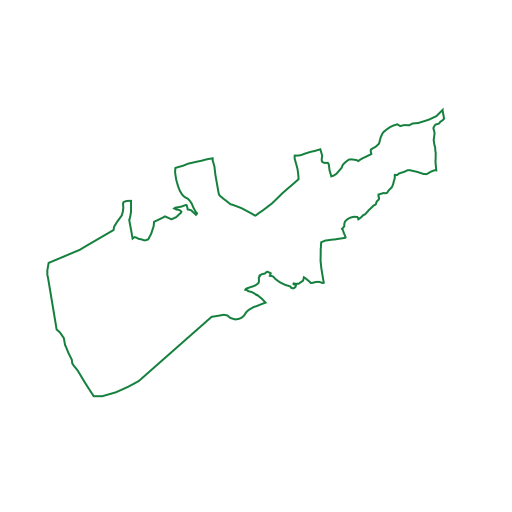 outline of Al Qahirah, Ta`izz, Yemen, rotated 260°
{"feature_id": "15242507B25601217585155", "entity_name": "Al Qahirah", "entity_type": "district", "adm_level": 2, "iso_a3": "YEM", "parent_name": "Yemen", "parent_adm1": "Ta`izz", "projection": "orthographic", "projection_center": [44.017, 13.586], "detail": "fine", "context": "isolated", "style": "outline", "palette": "green", "viewbox_px": 512, "rotation_deg": 260, "n_neighbors": 0, "source": "geoboundaries", "source_scale": "gbopen_adm2", "svg_char_len": 6090}
<svg xmlns="http://www.w3.org/2000/svg" viewBox="0 0 512 512"><g transform="rotate(260 256 256)"><path d="M367.4,465.1L362.4,457.9L361.4,454.2L360.3,450.2L359.6,445.2L358.8,438.8L359.3,433.3L358.5,430.6L358.1,429.6L358.3,429.0L358.5,427.8L359.0,425.7L359.2,424.4L358.9,420.6L361.2,418.0L361.0,417.0L360.7,414.2L359.7,410.5L357.7,406.2L357.1,405.2L356.2,403.6L355.4,402.4L354.2,401.5L353.7,401.1L352.4,400.2L351.4,399.5L350.8,399.2L345.3,396.7L342.9,393.0L342.4,391.7L341.9,390.1L341.0,387.8L339.8,387.2L337.7,387.2L336.4,387.3L336.0,386.1L334.7,381.6L334.0,378.9L333.5,377.3L332.6,374.9L331.7,373.2L332.9,371.9L333.6,369.9L333.9,369.0L334.6,366.8L334.8,364.2L332.8,360.2L330.7,357.3L328.0,355.6L327.4,354.9L323.0,349.5L322.1,347.4L321.7,346.4L321.3,344.0L327.8,343.3L328.3,343.3L329.4,343.4L333.6,343.6L334.7,343.1L335.3,342.9L335.8,339.5L337.1,337.6L338.4,337.4L339.1,337.3L343.4,338.6L349.9,337.9L349.2,331.6L349.2,330.0L348.9,326.0L348.5,323.9L348.5,322.9L348.0,320.4L347.7,318.7L347.5,316.8L347.6,315.1L347.7,314.0L348.1,312.1L348.2,311.6L346.8,311.2L345.1,311.0L344.4,311.0L343.9,311.1L338.1,311.7L334.1,312.0L332.2,311.9L331.3,311.9L327.2,311.6L324.1,311.2L323.9,310.7L320.7,305.4L319.6,303.6L317.0,299.1L314.0,294.2L313.7,293.6L312.9,292.4L310.1,288.4L306.3,282.8L305.7,281.8L305.4,281.5L304.8,280.5L302.5,276.0L302.2,275.5L300.6,272.3L299.9,271.0L297.9,266.5L296.0,262.8L295.9,262.2L296.2,261.8L298.5,259.1L303.8,252.4L305.8,249.8L307.1,247.6L307.4,247.1L310.8,241.3L311.1,240.3L311.6,239.7L316.0,235.8L318.0,233.9L319.5,232.7L321.6,230.9L323.2,230.2L325.7,230.1L343.2,230.1L351.3,230.6L356.1,230.1L358.0,229.9L359.0,230.2L359.7,230.3L359.8,225.7L359.6,221.8L359.5,221.2L359.3,219.7L359.1,213.1L359.0,211.1L358.7,205.2L357.4,199.1L357.4,198.4L357.3,197.1L357.1,194.7L356.7,191.9L354.9,191.4L354.2,191.3L353.7,191.1L351.8,190.8L351.1,190.8L348.1,190.7L344.6,190.7L338.6,191.3L336.9,191.6L333.1,192.4L329.4,193.9L327.6,195.0L326.5,196.0L325.9,196.6L324.7,198.3L324.1,198.9L322.1,200.3L318.7,201.8L314.7,202.7L311.0,203.9L308.1,205.3L307.0,204.0L308.0,203.3L308.8,202.7L309.8,201.9L310.9,201.0L312.0,200.4L312.9,198.9L313.7,196.8L315.2,196.8L317.8,196.6L318.2,196.4L318.4,195.7L318.0,193.3L317.6,191.3L317.6,184.7L317.0,183.7L315.5,185.9L315.3,187.1L314.2,188.9L313.7,189.5L312.5,190.2L311.4,189.3L310.3,187.4L309.0,185.5L308.1,184.0L307.3,181.2L306.9,179.0L310.8,173.3L310.3,171.9L309.5,169.3L309.1,167.9L307.4,161.6L302.9,160.3L301.3,159.4L296.2,156.7L295.0,155.8L291.1,152.7L290.6,149.6L291.2,147.9L292.4,145.9L293.2,143.5L294.9,141.3L295.7,139.6L294.6,137.5L302.8,137.5L313.7,137.4L314.2,137.9L317.3,139.2L321.3,140.6L321.8,140.7L326.9,141.6L332.0,142.5L332.5,139.8L332.6,137.5L332.1,134.9L330.6,134.1L326.5,133.7L322.6,132.5L319.2,130.8L316.0,127.5L313.6,125.0L309.4,121.3L306.3,120.2L295.9,91.9L294.1,87.2L293.3,85.1L292.7,83.7L291.9,80.0L290.0,71.6L289.5,69.5L285.2,50.6L278.1,48.0L273.3,47.2L270.9,47.4L218.2,46.9L215.0,49.5L209.0,52.3L208.3,52.5L201.4,52.5L199.9,53.0L192.8,54.5L192.2,54.7L185.8,56.6L182.2,56.4L181.0,56.9L179.4,57.6L174.4,60.4L160.6,65.7L146.1,71.8L144.6,80.2L146.1,94.3L149.5,107.7L153.2,118.8L203.8,201.7L203.7,207.4L203.7,214.2L202.4,217.5L199.9,219.5L198.9,221.0L197.1,224.6L197.1,228.6L197.9,231.5L199.4,233.9L201.7,236.0L203.0,237.5L204.3,239.8L206.2,245.0L206.4,247.2L207.8,253.8L208.4,257.3L213.1,254.2L216.6,251.1L217.0,250.8L217.4,250.5L217.4,249.6L218.2,249.3L221.3,245.5L222.7,242.2L223.4,242.0L224.6,239.6L225.1,240.0L225.5,240.7L225.8,241.8L226.0,243.4L226.2,244.3L226.6,247.6L227.0,249.6L227.9,251.9L229.0,253.8L230.5,254.5L232.4,254.8L234.1,255.0L234.9,255.5L235.3,256.2L235.7,256.4L236.2,256.2L236.6,257.2L237.0,258.7L237.2,259.4L237.1,261.0L237.2,261.7L237.6,262.4L238.0,262.9L238.2,263.3L238.5,264.1L238.5,264.6L238.2,265.1L236.4,267.5L234.1,266.2L233.6,267.9L232.7,269.4L231.5,270.2L230.1,271.0L228.7,272.3L227.7,273.3L227.1,273.8L225.6,275.4L224.3,277.2L222.3,280.0L221.7,281.3L220.9,282.9L220.0,284.5L218.5,285.2L218.0,286.3L217.6,287.1L218.4,289.3L220.3,290.3L220.9,289.5L221.7,288.1L222.2,288.1L222.5,288.4L221.9,289.8L221.7,290.3L221.4,292.6L221.3,293.2L223.6,298.1L226.7,299.5L225.4,300.9L221.0,304.6L220.5,304.9L220.0,305.1L219.8,306.4L219.7,307.7L219.9,308.3L220.0,309.9L219.9,311.5L219.8,312.5L219.4,314.1L219.1,314.6L218.7,315.4L218.0,316.5L217.7,317.4L217.9,318.1L223.7,318.1L229.3,318.2L233.0,318.2L235.3,318.4L236.6,318.5L239.7,318.7L240.9,318.9L247.0,320.1L249.7,320.6L252.1,321.0L252.6,321.3L253.1,321.4L255.5,321.9L258.2,322.6L259.2,327.1L259.1,328.1L259.0,330.5L258.9,333.3L258.9,334.0L258.6,336.7L258.6,337.9L258.6,338.7L258.6,339.3L258.4,347.0L258.9,347.5L262.2,346.8L263.9,346.4L265.4,346.2L266.2,346.0L267.2,345.8L267.8,345.4L268.4,346.4L268.8,346.8L269.4,347.5L269.9,348.1L271.8,348.4L273.2,348.9L273.7,349.2L274.8,350.0L276.3,352.3L277.3,355.2L277.6,357.7L277.6,359.7L277.3,360.5L276.9,362.4L275.9,363.1L275.4,363.1L274.4,363.2L275.7,366.0L276.6,367.3L277.8,369.0L277.9,370.3L278.3,370.8L279.0,371.9L280.7,374.0L281.6,375.0L282.1,375.9L282.6,376.6L283.8,378.4L284.3,379.3L285.2,380.3L285.5,381.4L285.9,382.7L287.1,383.5L288.7,384.3L289.4,385.4L290.5,386.9L291.8,387.3L292.6,387.0L293.2,387.2L293.9,387.0L295.3,387.3L295.3,388.5L295.5,389.1L295.7,391.4L295.9,392.2L295.3,394.3L295.4,395.8L295.8,396.5L296.5,397.0L298.0,398.6L298.5,399.4L299.1,400.3L299.8,401.1L300.1,401.6L301.1,402.4L303.1,403.6L303.9,404.0L305.1,404.4L306.6,405.2L307.5,405.7L309.9,406.5L311.3,406.6L311.8,406.8L311.2,409.0L312.4,411.1L313.2,416.7L314.1,420.0L313.9,422.1L312.0,426.6L310.9,429.2L309.6,431.7L309.3,432.2L307.6,435.4L307.5,436.1L307.1,437.7L307.0,438.3L308.8,443.3L308.9,444.1L309.2,445.3L309.4,447.4L309.0,448.4L315.2,448.9L317.6,449.1L320.2,449.7L326.3,450.9L328.8,450.9L331.9,451.3L334.0,451.0L339.3,451.1L345.0,452.9L346.1,453.2L347.1,453.2L348.5,453.1L349.7,453.0L350.4,452.9L351.0,452.9L351.6,453.1L353.6,454.8L354.2,455.5L354.3,456.2L354.5,458.1L354.7,459.1L355.0,459.7L355.4,460.1L355.9,460.5L356.2,460.8L356.7,462.1L357.2,463.2L358.6,465.1L366.9,465.0L367.4,465.1Z" fill="none" stroke="#15803d" stroke-width="2"/></g></svg>